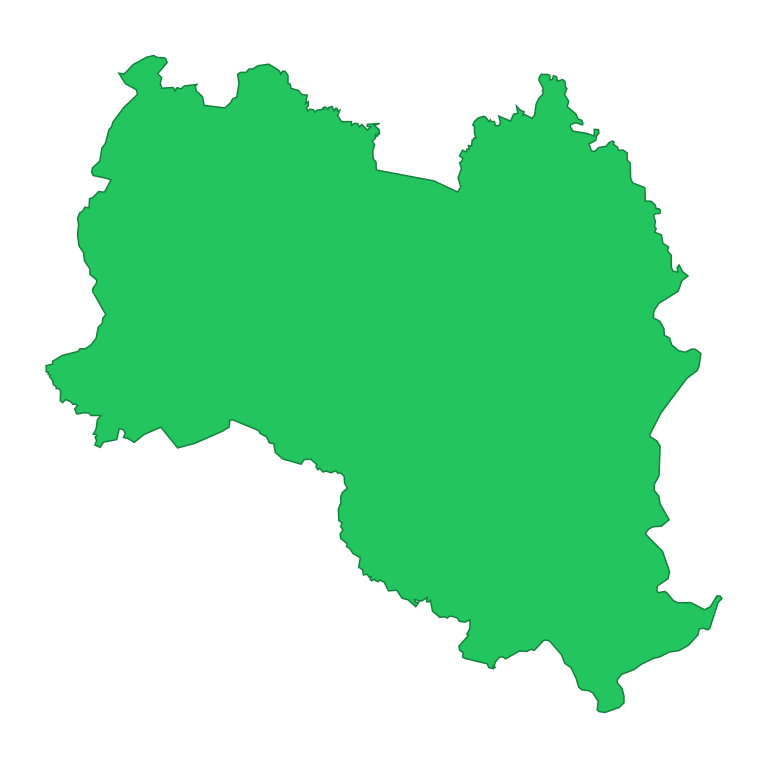 Yahualica de González Gallo, Jalisco, Mexico
{"feature_id": "50627088B73068630585578", "entity_name": "Yahualica de González Gallo", "entity_type": "district", "adm_level": 2, "iso_a3": "MEX", "parent_name": "Mexico", "parent_adm1": "Jalisco", "projection": "orthographic", "projection_center": [-102.91, 21.123], "detail": "fine", "context": "isolated", "style": "filled", "palette": "green", "viewbox_px": 768, "rotation_deg": 0, "n_neighbors": 0, "source": "geoboundaries", "source_scale": "gbopen_adm2", "svg_char_len": 6002}
<svg xmlns="http://www.w3.org/2000/svg" viewBox="0 0 768 768"><path d="M534.4,650.3L543.7,640.3L547.3,640.1L550.2,641.7L561.5,654.8L564.9,663.4L570.9,667.5L576.0,677.9L578.7,687.2L581.7,689.8L588.9,690.7L592.8,692.9L598.2,701.3L597.2,709.8L599.0,711.5L604.7,712.5L619.1,707.5L624.0,702.8L624.0,696.1L622.1,688.8L617.1,682.4L617.5,679.4L621.7,674.3L634.3,669.5L640.8,664.6L652.7,658.7L660.2,656.7L669.1,652.1L679.3,650.5L688.8,645.0L697.8,635.1L699.3,628.9L703.6,628.3L707.7,629.8L709.7,628.6L718.2,602.3L721.9,598.7L720.1,596.0L716.9,596.0L710.3,606.8L704.5,609.7L690.8,602.6L677.7,602.7L673.4,600.6L666.6,592.5L664.4,591.5L658.1,592.7L656.8,590.3L657.5,585.9L668.0,578.7L669.6,571.8L662.6,551.5L646.0,534.6L645.7,532.8L649.0,528.8L652.9,526.8L661.4,526.2L669.1,519.8L660.2,504.0L658.7,495.9L654.1,490.1L654.5,483.9L659.0,475.9L660.1,446.2L656.8,440.9L650.2,436.7L649.9,434.4L661.1,412.7L686.8,378.4L697.1,370.6L699.0,366.4L700.9,353.4L694.9,349.1L691.3,349.2L685.3,352.2L678.6,350.7L671.8,345.0L669.5,338.0L664.4,335.4L663.9,328.6L659.9,321.3L653.4,317.8L653.8,311.1L658.7,303.4L678.2,291.2L681.9,280.7L688.0,275.9L682.7,271.8L679.1,265.0L677.1,267.5L678.0,272.2L672.9,271.1L671.4,267.4L671.3,255.2L667.5,251.0L668.5,246.9L662.9,243.3L661.5,234.9L654.7,232.3L656.2,228.6L654.5,226.4L655.5,221.6L653.5,215.6L655.1,213.8L660.0,213.4L660.2,210.0L658.7,208.5L656.3,208.9L655.2,205.1L651.2,201.3L645.3,201.0L644.9,187.7L632.5,182.8L630.6,178.0L630.3,163.1L627.1,160.1L627.2,153.0L623.2,150.1L618.3,150.2L617.4,147.0L613.3,144.2L614.1,142.0L612.7,141.0L608.9,142.7L606.3,146.2L598.6,147.6L594.8,151.5L591.4,150.8L588.9,143.9L595.8,140.4L596.6,136.0L598.9,133.2L598.5,129.6L594.3,129.4L594.2,136.0L586.6,133.3L572.9,131.2L570.1,126.2L570.9,124.4L575.7,122.7L582.6,124.9L582.9,123.2L581.8,120.3L578.3,119.1L575.9,114.0L567.3,106.8L568.7,101.1L564.6,94.7L566.9,88.5L565.5,87.4L564.9,81.3L562.6,79.6L557.4,81.1L556.6,76.8L553.5,75.7L552.4,79.3L550.1,80.1L549.7,75.3L547.3,74.4L541.2,74.4L539.3,77.1L538.9,80.2L543.3,88.5L542.3,90.9L543.5,93.3L538.9,98.4L536.1,104.2L534.6,115.0L532.1,118.3L524.5,114.5L522.8,115.2L524.1,111.8L520.4,110.3L516.6,106.2L517.8,113.4L513.6,114.2L510.5,121.1L498.8,116.1L500.4,121.9L499.1,125.7L495.3,125.6L494.5,121.6L491.1,121.5L490.3,119.8L488.8,121.5L485.9,117.2L483.7,116.3L478.2,118.0L474.2,121.7L472.8,125.1L474.3,125.7L474.5,133.8L476.1,137.9L473.7,138.1L474.0,139.7L472.2,139.9L471.6,146.0L468.4,145.5L469.2,149.3L467.0,149.1L466.4,151.9L462.5,150.2L459.5,155.9L462.7,158.4L461.9,161.1L459.5,162.7L461.4,168.4L458.1,177.9L460.8,186.9L457.6,192.0L433.9,180.9L376.3,170.0L376.0,161.8L373.4,159.1L373.0,156.3L372.8,151.2L374.6,144.9L372.3,141.3L375.2,138.4L375.6,134.8L377.0,136.4L377.9,133.6L378.8,134.5L379.6,133.3L379.0,129.5L374.2,125.4L379.6,123.5L367.4,124.3L367.2,126.3L370.7,126.9L367.3,130.0L361.8,124.4L359.4,126.8L357.5,123.4L354.1,123.4L351.6,125.4L351.4,121.6L341.7,121.7L337.6,115.7L339.8,110.2L337.6,111.2L337.0,108.4L335.6,108.3L334.1,110.8L332.0,106.4L328.5,107.6L328.0,109.4L324.9,106.9L322.8,108.0L323.5,109.2L317.0,110.2L315.1,112.2L313.6,109.8L309.9,109.2L307.9,111.0L306.5,107.8L308.4,105.5L308.2,101.7L305.6,103.6L307.3,95.2L301.2,94.3L298.8,90.6L291.0,88.3L290.2,84.1L288.0,83.3L288.0,75.5L285.1,71.3L282.4,71.3L280.8,74.2L279.0,70.5L268.9,64.2L258.0,65.7L252.6,69.0L248.9,69.0L246.2,72.3L240.3,72.4L237.7,74.3L238.9,83.9L236.7,97.2L232.5,98.9L230.8,102.5L224.9,107.9L204.1,105.4L202.5,96.7L196.3,90.9L195.4,86.1L197.0,84.4L184.3,86.0L181.1,88.8L177.1,87.7L174.5,91.6L174.8,89.5L173.0,87.5L161.8,88.2L160.2,83.1L161.7,77.6L157.7,73.7L167.2,62.5L165.5,58.4L163.9,57.8L157.0,57.4L153.7,55.5L146.7,57.2L133.3,64.5L124.2,74.0L118.9,73.2L125.3,83.6L136.4,89.8L137.5,94.4L123.8,107.5L113.1,121.8L111.3,127.3L109.1,129.3L105.4,143.3L101.9,148.1L99.8,161.1L92.5,167.9L91.6,172.2L93.4,175.6L106.5,178.3L110.9,179.9L110.6,180.8L104.4,192.2L98.7,191.5L92.4,197.9L89.6,198.7L89.0,207.8L84.8,207.2L82.8,211.0L79.6,213.1L77.6,218.0L78.6,225.2L77.5,234.9L79.1,246.1L83.6,252.8L84.5,260.9L90.0,269.0L89.9,274.4L96.8,280.0L96.3,283.5L92.7,288.6L92.6,291.3L105.8,314.6L102.8,318.2L102.2,323.2L98.2,327.2L96.1,338.3L91.0,344.9L85.4,348.8L80.1,348.7L77.8,351.5L62.4,355.4L52.6,361.3L53.0,364.0L46.1,365.6L46.3,371.9L48.3,372.1L48.1,374.3L50.3,375.4L49.5,376.8L52.5,380.2L53.4,384.7L56.1,386.4L56.1,388.5L59.3,388.9L60.6,391.5L60.2,400.6L62.6,402.6L65.8,399.5L71.4,402.2L72.6,404.2L75.8,404.2L77.4,405.7L74.7,408.9L76.7,414.0L84.3,412.7L88.8,413.1L91.2,415.5L100.7,415.5L97.4,419.8L96.0,429.2L93.3,434.2L95.9,434.5L96.8,436.2L95.1,437.0L96.6,440.8L94.9,445.0L100.2,447.4L103.6,442.1L116.8,439.6L119.2,428.7L123.5,429.7L125.3,433.5L123.4,437.5L127.7,438.4L134.2,442.4L144.0,434.5L160.8,427.2L177.7,447.9L194.7,443.4L222.5,431.2L229.1,427.1L229.8,420.2L232.9,419.9L258.6,430.5L260.1,433.4L266.6,437.0L269.4,442.9L273.8,443.6L275.2,452.3L282.6,458.9L301.1,464.2L303.8,459.8L310.3,459.0L316.8,464.4L315.9,466.8L318.0,469.8L319.5,468.3L323.0,472.0L326.1,471.1L331.0,472.8L335.8,470.8L337.8,473.2L340.5,472.9L344.2,476.3L344.5,483.0L347.4,488.4L342.5,492.3L340.7,496.8L340.9,502.8L338.4,508.9L338.8,520.6L341.8,522.5L340.8,526.7L342.9,529.9L340.1,534.2L340.7,538.5L347.2,543.7L346.5,546.5L349.9,548.7L353.0,553.5L360.3,557.8L358.7,567.3L362.6,569.7L363.4,575.0L367.1,574.2L369.3,577.5L371.3,576.7L370.3,579.3L371.4,580.9L374.4,579.3L375.9,581.0L378.3,581.6L379.6,580.0L384.1,582.1L388.5,590.9L396.7,590.2L402.1,598.3L407.9,599.7L415.8,606.7L418.9,602.2L415.5,602.3L414.4,599.6L421.7,601.0L427.3,597.6L426.4,601.7L428.8,602.0L430.5,600.3L432.4,611.0L439.8,617.4L444.5,616.8L447.4,618.1L449.5,616.2L452.4,616.4L457.2,617.9L459.5,621.4L465.1,622.1L470.1,619.8L469.8,628.7L466.8,634.2L468.5,635.3L458.9,646.2L459.7,650.2L463.2,652.8L462.5,657.0L464.8,658.4L487.2,663.8L488.8,667.6L493.3,668.7L493.1,666.1L495.3,668.2L494.4,665.6L495.3,662.1L499.4,657.3L502.7,656.8L505.4,658.9L519.5,651.0L526.9,651.4L530.9,649.3L534.4,650.3Z" fill="#22c55e" stroke="#15803d" stroke-width="1.5"/></svg>